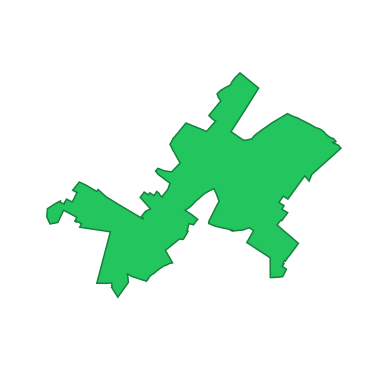 outline of Samahil, Yucatán, Mexico, rotated 208°
{"feature_id": "50627088B51124691471902", "entity_name": "Samahil", "entity_type": "district", "adm_level": 2, "iso_a3": "MEX", "parent_name": "Mexico", "parent_adm1": "Yucatán", "projection": "mercator", "projection_center": [-89.908, 20.848], "detail": "fine", "context": "isolated", "style": "filled", "palette": "green", "viewbox_px": 384, "rotation_deg": 208, "n_neighbors": 0, "source": "geoboundaries", "source_scale": "gbopen_adm2", "svg_char_len": 4087}
<svg xmlns="http://www.w3.org/2000/svg" viewBox="0 0 384 384"><g transform="rotate(208 192 192)"><path d="M233.8,223.7L230.2,221.3L228.5,219.8L226.9,219.1L216.1,211.9L216.6,210.2L219.4,200.3L220.2,199.9L221.3,199.5L222.5,199.1L223.8,198.6L226.1,197.9L226.8,197.7L229.9,197.3L232.0,197.1L233.4,196.7L233.6,194.9L233.9,193.9L234.3,192.9L233.9,193.3L230.2,191.7L229.0,191.5L215.3,189.3L215.3,188.1L215.2,187.2L215.1,186.0L214.6,183.4L214.9,181.2L215.5,177.9L216.0,175.8L216.0,173.4L217.2,173.8L218.2,174.1L219.4,174.6L221.1,175.6L223.4,175.9L223.9,171.0L228.9,171.5L229.2,169.0L234.2,169.5L234.7,165.6L234.7,165.0L235.0,164.5L235.2,162.9L220.8,157.6L223.9,153.3L223.7,153.2L223.7,151.8L224.3,151.7L225.1,146.6L222.7,145.8L222.7,145.2L240.4,146.0L248.2,146.4L250.7,146.5L250.8,146.5L252.2,146.6L263.5,147.3L264.0,147.3L264.3,147.3L265.4,147.4L276.1,150.1L276.4,147.9L277.0,147.8L282.6,148.0L288.1,148.3L289.0,148.2L289.6,148.3L296.2,147.9L298.2,137.5L293.2,137.5L293.2,134.3L293.0,126.9L293.7,126.9L295.9,126.9L298.0,126.8L299.4,126.9L299.6,123.5L299.3,121.4L303.5,121.1L304.0,122.3L306.8,118.3L308.0,116.2L308.9,114.6L310.0,112.5L310.6,111.5L311.8,109.4L310.0,105.1L308.7,102.2L308.4,101.7L302.3,97.1L296.1,102.2L296.8,115.6L281.8,115.6L281.8,111.2L279.8,111.2L279.8,112.1L274.8,112.1L274.6,108.2L245.4,118.5L233.2,66.7L224.1,71.5L221.9,73.0L220.0,73.8L219.0,72.1L219.0,71.4L218.4,71.2L217.9,70.4L218.1,70.0L217.6,70.0L217.4,69.6L208.1,64.3L207.7,67.5L206.7,75.1L205.7,82.3L208.1,85.9L210.4,89.2L205.3,89.2L202.0,89.8L195.1,91.0L193.2,91.3L192.7,91.6L190.4,91.7L189.9,93.9L189.9,96.2L189.5,98.4L188.1,101.4L187.6,101.7L185.5,107.2L182.1,113.5L181.0,114.7L180.6,114.9L178.5,118.1L178.1,118.8L177.3,119.1L175.9,120.3L177.9,121.5L188.1,128.0L181.0,144.7L177.9,145.7L177.4,146.6L177.3,148.8L177.1,152.2L177.1,155.5L178.0,155.1L179.8,162.7L175.3,163.7L174.5,168.9L174.1,170.5L180.5,171.7L181.0,171.8L187.7,172.5L189.5,172.5L189.3,172.9L187.1,177.0L185.7,180.7L184.7,184.8L184.5,185.7L183.1,188.6L182.8,189.5L181.4,193.5L179.9,197.0L178.5,199.2L177.8,200.2L176.7,201.8L174.3,205.2L169.2,201.5L165.7,198.1L163.7,196.7L163.8,192.1L163.4,175.3L163.4,174.7L163.2,173.7L162.9,173.1L162.8,172.4L162.4,172.0L155.3,172.8L154.0,173.1L152.7,173.5L151.5,173.7L145.8,175.3L144.9,175.6L138.4,177.2L139.2,176.4L138.1,176.4L128.6,182.8L127.2,184.7L124.5,187.3L119.8,186.9L119.5,186.9L119.9,173.1L92.1,170.6L82.7,153.2L76.0,157.1L72.2,159.9L72.3,168.1L77.5,168.8L77.1,171.9L78.2,172.1L78.1,175.0L77.1,174.8L76.9,177.1L76.6,179.5L76.0,182.2L74.0,195.8L74.0,196.6L76.0,197.1L101.4,202.8L100.4,208.8L99.3,208.8L97.8,218.7L104.5,219.0L104.3,223.2L110.3,223.6L109.5,231.2L104.0,230.7L100.0,259.2L93.7,256.6L94.5,263.7L81.0,300.6L82.2,300.9L84.3,302.0L87.3,301.9L90.8,301.8L88.6,303.9L88.6,304.2L90.2,304.8L90.7,305.0L91.5,305.3L92.0,305.4L92.4,305.6L93.0,305.5L93.8,305.1L94.6,305.2L96.2,305.1L97.2,305.2L97.7,305.3L98.1,305.3L98.7,305.5L99.2,305.6L100.5,305.8L101.5,306.1L104.0,307.1L105.1,307.2L107.3,307.7L107.9,307.7L110.3,307.5L111.7,307.2L112.1,307.1L113.5,306.9L115.4,307.0L116.5,307.1L117.6,307.1L119.3,307.2L121.4,307.1L122.6,307.1L123.4,307.1L124.4,307.1L124.8,307.0L125.7,307.1L126.5,307.0L129.2,306.9L130.6,306.9L133.6,307.0L138.3,306.2L144.6,306.0L148.2,299.9L149.7,297.5L153.7,290.9L159.8,278.9L163.1,271.8L163.4,271.0L164.2,266.8L165.2,266.2L167.0,264.6L168.1,263.5L170.5,262.2L170.8,261.9L178.4,262.7L182.0,263.2L185.9,263.6L185.2,271.5L183.7,289.9L182.0,314.0L181.9,315.0L205.6,319.7L205.8,318.9L206.2,317.7L206.5,316.7L206.9,315.5L207.6,313.1L208.1,310.7L208.3,309.4L208.4,307.5L208.5,306.5L208.4,306.0L208.4,305.8L208.3,305.1L208.6,304.1L212.6,298.3L213.4,296.4L214.1,296.1L214.3,295.0L215.0,293.6L215.9,290.3L212.7,287.6L209.3,286.1L213.0,267.4L211.0,266.9L208.5,266.1L206.7,265.8L204.8,265.8L204.4,265.8L207.6,252.3L213.1,251.8L227.7,250.3L229.7,250.1L230.0,248.7L232.1,238.2L232.1,237.8L232.1,237.3L232.6,236.1L232.9,234.9L233.0,233.9L232.9,233.5L233.1,233.0L233.2,232.3L233.5,231.8L233.6,231.0L233.9,230.3L233.7,229.0L233.8,223.7Z" fill="#22c55e" stroke="#15803d" stroke-width="1.5"/></g></svg>